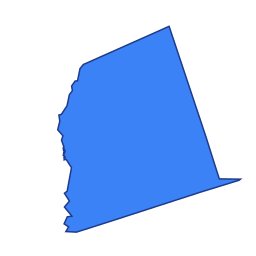 Wood, Texas, United States of America, rotated 72°
{"feature_id": "52423323B61780035147901", "entity_name": "Wood", "entity_type": "district", "adm_level": 2, "iso_a3": "USA", "parent_name": "United States of America", "parent_adm1": "Texas", "projection": "robinson", "projection_center": [-95.391, 32.779], "detail": "fine", "context": "isolated", "style": "filled", "palette": "blue", "viewbox_px": 256, "rotation_deg": 72, "n_neighbors": 0, "source": "geoboundaries", "source_scale": "gbopen_adm2", "svg_char_len": 1602}
<svg xmlns="http://www.w3.org/2000/svg" viewBox="0 0 256 256"><g transform="rotate(72 128 128)"><path d="M44.0,57.5L53.8,150.8L56.7,155.3L67.5,161.4L67.0,163.8L70.6,168.6L75.4,169.4L78.1,173.4L88.0,179.1L94.4,187.1L94.3,189.7L100.5,190.8L108.0,195.4L115.3,192.3L119.0,195.0L126.3,194.8L126.5,195.2L126.7,195.4L126.8,195.5L127.0,195.6L127.0,195.8L127.7,195.8L127.8,195.7L128.0,195.4L128.3,195.3L128.5,195.1L128.8,195.1L129.0,195.0L129.3,195.0L129.3,195.3L129.2,195.5L128.9,195.5L128.7,195.8L128.7,196.0L128.8,196.2L129.2,196.0L129.3,195.9L129.4,196.0L129.5,196.1L129.8,196.3L130.0,196.3L130.1,196.2L129.9,195.9L129.9,195.6L129.9,195.4L129.8,195.2L130.0,195.2L130.1,195.3L130.2,195.5L130.4,195.8L130.5,195.8L130.4,195.5L130.4,195.3L130.5,195.3L130.7,195.1L130.9,195.3L131.0,195.5L131.5,195.7L131.8,195.7L131.9,195.8L131.9,196.1L131.8,196.4L131.7,196.5L131.6,196.8L131.8,197.0L132.0,197.1L132.3,197.1L132.6,196.9L132.9,197.0L133.4,197.1L133.6,197.2L133.7,197.3L133.8,197.5L133.8,197.9L133.8,198.0L134.1,198.0L134.3,198.0L134.5,197.8L134.5,197.7L134.6,197.4L134.8,197.4L135.3,197.4L135.5,197.4L135.5,197.1L135.5,196.9L135.9,196.8L136.1,196.8L136.4,196.8L136.5,197.0L136.4,197.1L136.3,197.3L136.4,197.6L136.3,198.0L136.6,198.2L136.8,198.2L137.2,197.9L137.4,197.9L137.6,197.9L137.8,198.0L138.3,198.5L138.5,198.6L138.8,196.5L148.2,194.0L169.3,205.4L170.4,208.6L179.4,206.3L183.5,212.9L194.5,208.6L193.7,213.2L199.4,218.4L203.7,215.0L207.3,219.1L211.1,209.2L211.3,173.9L211.4,79.9L212.0,38.5L211.4,36.9L204.6,56.9L185.6,56.8L160.2,56.6L44.0,57.5Z" fill="#3b82f6" stroke="#1e3a8a" stroke-width="1.5"/></g></svg>